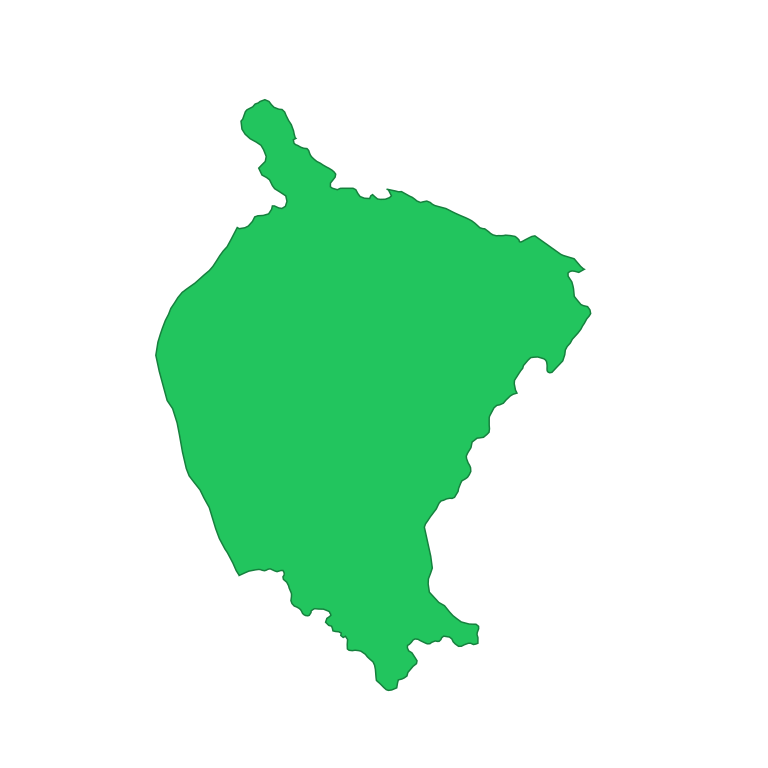 outline of Belaga, Sarawak, Malaysia, rotated 79°
{"feature_id": "92858781B14210888216544", "entity_name": "Belaga", "entity_type": "district", "adm_level": 2, "iso_a3": "MYS", "parent_name": "Malaysia", "parent_adm1": "Sarawak", "projection": "orthographic", "projection_center": [114.332, 2.676], "detail": "fine", "context": "isolated", "style": "filled", "palette": "green", "viewbox_px": 768, "rotation_deg": 79, "n_neighbors": 0, "source": "geoboundaries", "source_scale": "gbopen_adm2", "svg_char_len": 5566}
<svg xmlns="http://www.w3.org/2000/svg" viewBox="0 0 768 768"><g transform="rotate(79 384 384)"><path d="M202.4,498.2L213.0,506.6L219.3,511.8L222.7,516.4L226.7,520.7L231.3,525.0L235.9,529.5L239.3,533.8L242.8,540.1L248.8,550.1L253.1,559.6L255.6,564.7L259.9,569.9L264.5,574.2L269.1,578.8L274.5,582.2L279.9,586.5L286.8,590.8L292.2,593.9L299.7,597.9L312.3,602.5L328.6,602.2L358.9,600.0L367.8,596.2L382.7,594.5L394.7,594.5L412.4,594.8L429.3,594.2L437.0,592.8L445.1,588.8L452.8,584.8L461.4,582.5L471.9,579.1L494.0,576.8L504.3,575.1L515.7,571.6L519.7,569.9L530.9,566.5L538.9,564.7L544.1,562.7L544.3,562.7L542.8,556.5L541.9,552.4L541.9,547.7L541.9,545.5L542.1,542.4L542.6,540.7L543.6,539.1L544.5,536.9L544.3,535.2L543.7,533.2L543.7,531.0L546.7,526.8L547.8,524.8L547.4,520.9L547.8,518.7L550.3,518.0L552.5,518.5L554.0,520.0L556.6,520.0L558.6,518.4L560.0,517.3L563.7,516.2L566.3,516.0L571.4,514.9L572.7,514.9L575.0,515.4L578.9,516.7L582.0,516.2L584.8,514.5L586.2,512.3L587.9,510.3L589.5,509.0L591.3,508.3L593.7,507.7L595.2,506.6L596.3,505.2L597.0,503.0L596.8,501.5L594.5,499.3L592.8,498.8L591.9,496.9L591.3,495.1L591.9,492.9L592.4,491.2L593.5,486.3L596.1,482.3L597.2,481.0L598.5,480.8L599.6,480.3L601.0,480.3L602.1,482.3L603.2,484.8L606.7,486.8L610.4,484.3L611.7,481.7L613.9,481.3L616.6,481.2L617.7,478.8L618.6,475.7L620.3,473.5L622.6,474.4L625.0,472.4L624.3,470.0L627.8,468.5L632.7,469.8L637.1,470.5L638.7,469.1L639.7,466.0L639.8,463.2L640.9,459.7L641.8,457.7L645.7,453.9L648.6,452.4L651.0,450.7L654.7,447.8L658.3,446.9L662.5,446.9L670.6,447.8L673.5,448.0L674.8,447.1L677.2,445.2L679.9,443.4L681.9,442.1L684.5,440.1L685.6,438.1L685.8,434.8L684.7,429.5L679.9,427.7L677.2,426.4L677.0,422.7L676.4,420.3L675.0,417.2L671.7,415.6L669.8,413.2L666.7,409.4L664.7,405.5L662.0,404.4L658.1,405.9L653.2,407.9L650.6,410.7L647.5,411.4L645.1,410.8L644.4,408.8L642.9,406.6L640.7,404.1L640.2,402.1L641.1,399.3L642.7,397.5L644.2,395.5L646.4,392.5L647.3,391.1L647.7,388.5L646.7,386.5L646.0,382.8L646.9,380.6L647.1,379.0L645.8,377.0L644.0,375.7L642.9,373.5L644.9,368.0L647.3,366.0L650.2,365.3L652.6,363.8L655.7,360.9L656.2,358.1L655.3,355.0L654.6,350.8L655.0,348.4L656.8,345.9L656.8,343.5L656.4,341.3L650.9,340.2L647.6,340.5L645.6,339.8L642.3,337.8L639.9,337.4L637.4,339.5L636.8,342.4L635.9,346.2L632.3,353.6L628.4,357.2L624.6,360.5L620.4,363.1L613.2,366.9L608.9,371.9L597.0,379.2L588.7,378.8L583.8,377.6L578.5,374.3L573.9,371.7L562.0,371.0L532.2,371.7L529.2,369.9L526.5,367.1L523.2,363.9L516.6,356.5L512.9,353.8L511.3,352.5L509.6,350.1L509.5,347.8L508.7,344.5L508.7,341.2L509.3,339.0L508.7,336.4L503.6,331.8L500.8,330.7L499.0,329.6L495.9,327.6L493.9,326.0L492.6,322.1L491.5,319.8L489.3,317.6L486.4,315.5L482.7,315.0L480.2,315.5L477.4,316.5L473.0,317.2L470.5,317.0L468.2,315.4L467.2,314.6L463.1,310.8L457.8,308.6L454.9,302.9L455.1,300.9L455.3,296.5L453.1,292.5L451.4,290.1L448.1,289.0L444.5,288.6L437.3,287.2L435.7,286.5L428.4,280.6L426.5,277.3L426.5,274.4L425.6,270.5L423.1,267.4L419.8,262.3L418.7,259.2L418.3,255.2L415.0,256.1L408.6,256.1L405.3,255.2L399.1,249.3L396.9,247.1L395.1,244.9L392.5,243.6L388.1,238.1L386.1,234.9L386.3,231.6L386.8,227.9L388.5,224.6L389.8,222.2L391.2,220.9L393.0,220.2L395.1,220.2L397.3,220.4L400.4,221.1L402.2,221.3L403.7,220.6L404.6,219.1L404.6,216.9L400.4,211.1L395.4,204.1L389.8,201.0L385.2,199.5L382.1,197.0L379.3,193.3L376.0,190.6L371.1,184.0L367.8,180.3L364.9,178.0L362.7,175.8L358.7,172.5L356.5,169.7L354.3,167.7L350.6,167.7L346.9,169.4L345.1,173.4L343.5,175.6L337.8,178.7L334.3,180.5L331.9,180.3L326.8,179.8L323.9,179.8L319.7,180.1L313.3,182.7L310.2,182.2L309.1,180.3L308.9,177.9L309.6,175.6L310.4,173.9L311.6,171.5L309.6,165.5L308.9,166.4L306.0,168.6L297.4,173.4L292.1,183.4L290.4,185.8L267.4,207.6L267.4,210.7L268.1,213.4L268.8,215.8L269.5,218.2L270.3,220.6L270.8,222.6L270.1,223.9L268.4,224.0L266.6,225.1L265.2,226.2L264.1,227.3L262.4,231.7L261.1,236.3L261.1,238.3L260.8,240.7L260.2,243.2L260.0,245.3L258.4,248.6L256.5,250.7L254.5,252.2L252.3,254.2L250.9,255.5L250.3,257.5L248.9,260.1L245.9,262.3L243.5,264.1L240.6,266.7L238.4,269.4L236.4,272.1L234.4,275.1L232.7,277.6L229.8,281.7L227.6,284.6L226.0,286.6L223.6,289.7L222.1,292.8L220.3,296.5L218.5,300.1L216.8,302.2L214.6,304.0L212.6,307.1L212.6,310.8L212.8,313.5L210.6,316.8L208.6,318.4L206.2,320.6L204.5,323.0L198.5,330.1L198.1,333.1L196.7,336.0L193.2,344.3L194.3,342.6L200.7,340.8L202.1,343.0L202.9,347.5L202.1,352.3L201.2,355.0L198.5,357.2L195.9,359.1L196.8,361.1L199.2,362.7L197.9,367.8L195.4,371.7L192.1,373.3L187.9,374.6L186.0,377.0L184.0,387.2L183.6,389.6L184.4,392.7L182.0,397.3L180.2,399.0L176.5,398.2L173.9,395.1L171.6,392.5L168.8,391.4L166.4,392.5L164.2,394.2L161.7,396.9L160.0,399.1L157.3,402.2L155.1,404.4L152.7,407.5L149.8,409.9L147.4,411.6L145.5,412.5L143.4,413.0L140.4,413.4L138.2,414.7L137.3,417.8L135.7,420.5L133.3,423.3L132.2,425.1L130.5,426.4L129.6,426.4L126.9,426.4L126.1,423.6L125.4,424.2L121.3,424.5L118.2,424.5L111.8,425.5L107.1,427.4L101.7,428.9L98.1,429.6L95.1,431.7L94.2,434.8L91.4,439.2L88.2,441.3L84.7,443.0L82.2,446.7L83.0,451.7L84.1,453.8L84.6,457.1L86.9,460.0L87.7,462.8L88.7,466.2L90.2,468.1L97.1,472.2L98.7,474.2L106.7,474.8L112.4,472.6L117.7,468.6L122.2,463.2L126.2,459.2L131.0,457.5L138.2,456.2L142.9,458.1L145.8,462.4L148.2,465.8L155.6,463.9L158.7,460.1L161.7,457.4L168.0,455.7L171.4,454.1L175.4,449.8L180.6,444.5L186.2,444.4L190.8,446.9L192.2,450.7L191.1,453.7L188.3,457.6L187.9,459.6L191.1,461.0L195.0,464.8L195.5,470.4L194.8,475.7L195.3,479.0L199.3,482.1L203.1,487.1L204.1,490.8L203.9,496.5L202.4,498.2Z" fill="#22c55e" stroke="#15803d" stroke-width="1.5"/></g></svg>